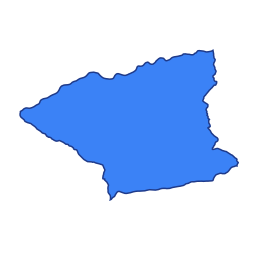 Tipacoque, Boyacá, Colombia, rotated 264°
{"feature_id": "7082276B13744677473315", "entity_name": "Tipacoque", "entity_type": "district", "adm_level": 2, "iso_a3": "COL", "parent_name": "Colombia", "parent_adm1": "Boyacá", "projection": "robinson", "projection_center": [-72.693, 6.427], "detail": "fine", "context": "isolated", "style": "filled", "palette": "blue", "viewbox_px": 256, "rotation_deg": 264, "n_neighbors": 0, "source": "geoboundaries", "source_scale": "gbopen_adm2", "svg_char_len": 5860}
<svg xmlns="http://www.w3.org/2000/svg" viewBox="0 0 256 256"><g transform="rotate(264 128 128)"><path d="M58.5,102.9L58.8,103.9L60.1,105.1L60.9,106.4L61.2,107.2L61.7,107.7L63.0,108.5L65.0,110.1L65.6,110.8L65.9,111.7L65.8,112.8L64.1,116.3L63.3,118.2L63.1,119.6L63.4,123.6L64.0,126.6L64.2,129.1L64.2,131.2L64.0,133.1L63.8,138.2L64.1,140.1L64.4,142.9L63.4,148.8L63.6,151.8L64.1,153.7L64.3,155.1L64.3,156.7L64.1,158.6L63.7,160.3L63.6,163.1L64.2,166.1L64.6,171.5L64.7,174.1L65.1,177.2L65.7,178.6L66.4,179.6L66.7,182.2L67.8,185.1L67.8,186.6L67.6,188.1L67.8,191.2L67.4,195.9L67.1,197.4L67.0,200.3L66.8,202.4L66.8,203.1L66.7,205.8L66.8,206.7L67.4,207.3L68.8,207.8L70.0,208.6L70.8,209.2L72.2,210.6L72.5,211.4L73.3,214.6L73.3,215.3L73.2,215.9L72.7,217.3L72.6,218.5L72.5,219.2L72.7,220.3L73.1,220.7L73.8,222.4L74.9,223.7L76.4,225.1L77.2,225.8L78.0,226.9L78.5,228.4L78.5,229.2L79.0,231.0L79.1,231.6L78.8,232.4L79.5,232.5L80.3,232.8L80.7,233.0L81.8,233.9L82.1,234.0L82.6,233.7L83.3,233.1L84.4,232.7L84.6,232.7L85.0,232.9L85.5,233.1L86.3,232.5L86.8,231.7L87.5,231.0L88.1,230.6L88.2,230.4L89.8,229.1L90.2,228.6L91.0,227.2L91.5,226.8L92.3,225.7L93.5,224.2L94.0,223.7L94.3,223.3L94.6,222.3L95.8,219.4L96.2,218.7L96.7,218.1L98.2,215.3L98.3,214.9L98.3,213.7L97.9,211.7L97.8,210.8L97.9,209.8L98.0,209.7L99.5,210.0L100.3,211.1L101.0,211.3L101.4,211.6L101.9,212.2L102.6,212.7L103.8,213.0L104.3,213.4L105.0,214.0L105.3,215.0L105.8,215.8L106.8,216.3L107.4,216.2L107.7,216.3L109.0,215.6L109.4,215.0L111.3,212.8L112.1,212.2L114.2,210.5L115.2,210.1L116.6,209.6L118.3,208.4L119.0,208.0L119.6,207.5L119.8,207.5L120.1,208.6L120.4,209.0L120.7,209.0L120.8,209.8L121.0,209.9L121.7,209.9L122.8,209.7L124.5,208.9L127.0,209.0L127.5,209.2L127.7,209.4L127.7,209.7L127.9,209.9L128.3,209.7L128.5,209.4L129.1,208.8L129.5,208.6L130.0,208.6L130.4,208.8L131.0,208.8L131.4,208.7L132.3,207.9L132.5,207.9L132.9,208.3L133.8,208.5L134.3,208.2L134.8,207.8L135.2,207.8L135.8,208.2L137.3,207.8L137.6,207.6L138.0,207.5L139.5,208.2L139.7,208.3L140.1,209.1L141.4,209.8L142.0,209.8L142.8,209.9L143.0,209.8L143.4,209.4L144.1,208.6L144.7,207.7L145.3,207.1L146.0,206.2L147.1,205.3L147.2,205.2L147.6,205.3L148.0,205.6L148.5,205.9L148.9,206.0L149.4,206.3L149.6,206.5L150.8,206.6L151.8,207.6L152.2,207.8L152.5,208.5L153.1,208.9L156.6,212.5L157.0,212.7L157.7,213.8L158.5,214.6L159.3,215.8L159.6,216.1L159.9,216.3L161.6,218.2L161.5,219.4L161.6,219.7L163.1,220.7L163.6,220.9L163.8,220.9L164.9,221.0L165.0,220.9L164.9,220.5L165.4,219.4L165.8,219.1L166.5,218.7L167.9,218.5L168.4,218.8L168.9,218.6L169.6,217.9L170.1,217.9L170.8,217.9L171.0,218.1L172.6,220.3L172.8,220.2L173.3,220.6L175.2,221.5L175.4,221.5L177.4,220.7L178.7,220.6L179.2,220.7L181.8,219.7L182.2,219.7L182.9,220.0L183.7,220.1L184.3,220.6L185.4,221.3L186.7,221.8L187.0,221.8L187.8,221.4L188.7,220.9L189.5,220.8L189.8,220.8L190.4,220.9L191.0,220.7L192.7,220.9L196.4,220.6L196.1,220.0L195.7,219.0L195.4,215.7L195.4,214.4L195.5,213.7L196.6,211.0L196.8,210.1L197.5,206.9L197.5,205.7L197.4,205.4L195.6,203.5L195.3,202.3L195.0,201.8L194.4,201.2L194.3,200.9L194.1,200.4L194.1,199.4L194.2,198.7L194.3,198.2L194.9,196.6L195.1,195.1L195.7,192.8L195.8,191.1L195.7,190.6L195.2,190.1L194.8,189.4L194.6,188.7L194.1,185.0L193.9,181.2L193.6,179.8L193.4,179.2L193.0,178.5L191.8,176.9L191.4,175.7L190.9,173.7L190.9,173.2L191.0,172.7L191.3,172.3L193.2,170.9L193.5,170.7L193.8,170.0L194.2,168.4L194.3,167.2L194.1,166.8L193.7,165.8L191.7,163.0L191.3,162.6L190.7,162.3L190.5,162.0L189.8,161.1L189.0,159.7L188.9,159.3L188.9,158.7L189.0,157.8L189.2,157.2L189.9,156.2L191.0,155.3L191.2,154.9L191.4,154.5L191.4,154.0L191.2,153.3L191.1,152.6L190.6,151.8L190.1,151.2L189.1,150.2L188.7,149.7L188.2,148.6L188.1,147.4L188.2,146.1L188.5,145.5L188.5,144.9L188.4,144.3L187.8,143.5L185.7,142.5L184.5,141.6L183.1,139.2L182.8,138.2L181.7,135.1L181.6,134.4L181.2,133.6L180.7,131.6L180.6,130.6L180.9,129.1L181.5,127.6L182.9,124.5L183.1,123.7L183.1,123.0L183.0,122.4L182.7,121.8L181.6,120.5L179.4,119.0L178.8,118.3L178.5,117.3L178.5,114.9L179.3,111.4L180.0,109.3L180.4,108.6L181.7,107.0L183.7,105.3L184.9,104.5L185.7,103.8L186.4,101.6L186.7,100.9L187.1,99.6L187.1,96.3L186.9,95.2L186.2,94.2L184.4,92.3L183.5,91.0L182.9,89.5L182.6,88.0L182.2,85.5L181.6,84.0L180.3,81.6L179.9,79.2L179.3,77.4L178.2,76.0L177.5,74.6L177.3,72.7L177.4,69.4L177.3,68.4L176.6,66.2L175.3,64.8L172.8,63.3L171.2,62.0L170.2,60.6L169.6,59.0L168.8,56.3L168.1,54.5L166.5,51.3L166.2,50.0L165.9,46.9L165.4,45.5L164.9,44.4L164.2,43.7L162.1,42.6L161.5,42.1L161.1,41.4L160.4,39.3L159.0,36.7L158.7,35.8L158.3,34.6L158.0,33.0L157.9,31.9L158.4,29.9L158.6,28.7L158.4,27.8L158.0,26.6L156.6,24.7L155.7,22.7L155.1,22.7L153.6,22.2L152.1,22.0L151.5,22.1L150.5,22.4L149.7,22.9L147.0,25.6L146.0,25.9L145.2,26.4L144.7,27.3L143.9,28.6L142.6,31.8L142.4,32.1L141.5,32.9L139.2,35.5L138.0,36.5L136.6,37.3L133.8,40.8L132.3,42.0L131.7,42.9L131.3,44.0L130.7,45.2L129.8,45.7L129.0,46.0L128.4,46.4L128.2,46.6L128.1,47.1L127.4,47.6L127.1,48.2L127.1,48.7L126.6,49.9L126.0,50.6L124.9,51.3L124.3,52.4L123.3,53.5L123.1,54.1L122.7,54.7L122.5,55.1L122.4,56.2L122.5,57.2L122.7,57.9L122.7,58.2L122.6,58.8L120.3,62.5L119.7,63.0L119.2,63.7L118.6,64.2L118.4,64.6L118.1,66.0L117.8,66.8L116.7,67.4L116.3,67.8L116.0,68.9L115.7,69.6L115.1,70.4L113.9,71.6L113.1,71.7L112.4,72.2L112.1,72.8L112.0,73.6L111.6,74.6L111.3,74.8L110.7,75.1L107.6,76.0L106.6,76.6L102.0,80.3L101.2,81.0L99.2,83.7L98.8,84.3L98.1,88.3L97.9,88.7L97.7,89.0L97.7,89.8L97.6,90.6L96.6,92.3L95.3,95.9L94.8,96.9L94.5,97.8L93.8,99.0L91.9,99.6L91.1,99.8L89.2,100.5L88.7,100.6L87.8,100.3L86.5,99.5L85.6,99.1L84.5,98.9L83.3,98.3L81.2,97.8L80.4,97.7L80.1,97.8L79.6,99.5L78.8,99.3L76.3,101.4L73.4,102.6L73.0,102.6L72.4,102.3L71.2,101.9L69.8,101.7L68.1,101.7L66.7,101.5L65.8,101.6L64.5,102.3L63.2,103.1L62.5,103.3L61.5,103.4L59.7,103.2L59.0,103.1L58.5,102.9Z" fill="#3b82f6" stroke="#1e3a8a" stroke-width="1.5"/></g></svg>